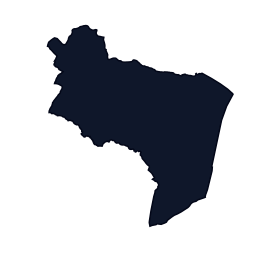 Njombe, Njombe, United Republic of Tanzania (Mercator projection), rotated 12°
{"feature_id": "72390352B62498272724852", "entity_name": "Njombe", "entity_type": "district", "adm_level": 2, "iso_a3": "TZA", "parent_name": "United Republic of Tanzania", "parent_adm1": "Njombe", "projection": "mercator", "projection_center": [35.063, -9.284], "detail": "fine", "context": "isolated", "style": "filled", "palette": "ink", "viewbox_px": 256, "rotation_deg": 12, "n_neighbors": 0, "source": "geoboundaries", "source_scale": "gbopen_adm2", "svg_char_len": 5658}
<svg xmlns="http://www.w3.org/2000/svg" viewBox="0 0 256 256"><g transform="rotate(12 128 128)"><path d="M123.7,61.2L123.1,60.7L121.8,60.3L119.6,60.2L118.9,60.6L118.4,61.8L117.7,62.4L116.0,63.0L113.8,63.6L112.9,63.8L111.6,64.2L110.6,64.4L108.7,64.6L107.5,64.2L107.1,63.8L104.9,64.1L101.6,62.3L100.5,62.4L99.0,62.8L98.1,63.3L96.5,64.4L95.1,65.0L94.3,64.8L94.1,64.8L93.9,64.7L93.1,62.6L93.0,61.4L92.8,60.9L92.9,60.7L92.3,59.6L91.3,58.2L90.8,57.5L90.2,56.9L90.4,56.6L90.3,55.9L89.0,55.4L88.6,54.4L88.4,53.0L88.1,51.7L87.2,49.7L85.6,46.8L85.5,44.3L84.5,44.3L83.7,44.4L81.6,44.3L80.1,44.4L79.0,44.1L78.1,43.4L77.4,42.5L77.1,41.8L77.0,41.3L77.2,39.7L77.2,38.7L76.8,38.5L76.0,38.5L73.4,39.7L71.9,39.5L70.4,39.1L69.6,38.6L68.9,38.1L68.2,37.2L67.6,36.8L66.8,36.5L66.1,36.5L65.3,36.6L63.1,37.4L62.0,38.1L60.5,38.7L59.9,39.1L59.5,39.8L59.1,40.1L58.8,40.4L58.4,40.6L58.1,40.9L56.3,41.8L54.7,42.2L54.0,42.7L53.5,43.2L53.2,43.8L53.1,44.2L53.6,45.5L53.7,46.8L53.3,48.6L52.6,49.8L52.0,50.2L51.6,50.7L51.2,52.5L51.3,53.7L50.9,55.7L50.5,56.7L49.8,58.9L48.1,60.0L45.9,59.4L44.3,58.1L42.0,56.6L40.2,55.3L37.5,55.1L36.4,56.0L34.6,58.0L32.6,60.6L32.3,63.3L32.3,64.8L32.7,64.8L34.0,65.2L34.5,65.7L34.9,66.4L35.7,67.2L36.6,67.5L40.1,70.1L42.9,71.8L43.6,72.4L43.2,74.3L43.0,75.5L42.3,77.5L42.5,77.4L42.9,78.6L42.4,81.0L42.6,81.7L43.6,81.9L44.0,82.5L43.9,82.7L44.6,83.1L46.0,83.2L46.7,83.4L47.5,83.9L48.3,85.0L48.6,85.2L49.5,85.4L52.7,86.4L51.8,87.6L51.6,88.5L51.2,88.5L49.7,89.8L48.6,91.4L48.6,92.4L48.1,93.4L47.6,95.2L47.5,97.5L47.3,97.5L47.0,98.5L46.9,99.8L48.5,99.5L50.8,99.5L54.2,100.5L54.7,100.8L55.1,101.3L55.2,101.7L55.3,103.2L54.3,106.5L54.4,107.5L54.2,108.2L52.8,110.4L52.6,111.4L51.7,113.0L49.7,117.1L49.4,118.2L49.0,118.9L49.1,119.7L48.9,121.9L49.0,122.4L48.5,123.2L48.2,124.4L47.8,125.0L47.8,125.5L47.4,127.7L47.5,128.8L47.6,129.3L47.9,129.2L48.2,129.1L48.9,129.1L50.0,129.4L50.6,129.8L51.3,129.4L52.4,129.3L53.4,129.4L53.9,129.8L54.4,130.0L54.9,130.0L55.5,129.9L56.2,130.6L56.7,130.6L57.3,130.4L57.8,130.1L60.1,129.9L61.2,130.1L61.9,130.5L62.4,130.7L63.3,130.5L63.8,130.6L64.6,131.2L65.0,131.8L65.9,132.1L67.4,132.7L67.9,133.3L68.6,133.0L69.5,132.5L71.0,132.6L71.8,132.8L72.4,132.7L72.7,132.9L73.3,133.4L73.4,133.8L74.4,134.7L74.8,134.9L75.2,134.8L75.5,134.9L75.6,135.2L76.8,135.5L77.6,135.5L78.3,135.0L78.6,135.1L79.0,135.5L79.3,135.5L80.0,136.5L80.1,136.9L81.6,138.6L82.6,139.0L83.0,139.4L83.4,140.5L83.5,141.0L84.1,141.1L84.4,141.2L84.4,141.6L84.3,142.6L83.5,143.1L83.6,143.7L83.9,144.0L84.8,144.6L85.8,145.1L87.0,145.9L87.2,145.7L88.1,145.4L88.1,145.1L88.6,144.5L89.1,144.5L89.6,144.2L90.3,144.4L90.5,144.1L90.9,144.0L91.7,144.6L92.1,144.7L92.7,144.3L92.9,145.3L94.0,145.7L94.2,146.0L95.1,146.8L95.3,147.0L95.8,147.0L96.1,147.3L96.0,147.5L96.3,148.0L96.7,148.2L96.8,148.8L97.4,148.8L97.7,149.3L97.6,149.9L98.2,150.6L98.6,150.9L99.1,151.1L99.8,151.1L100.2,150.8L100.5,150.8L101.0,151.5L101.6,151.5L102.1,151.7L102.3,152.0L104.0,151.5L105.0,151.3L105.9,151.2L106.6,151.0L106.6,150.0L106.9,148.6L108.3,146.8L108.8,146.1L109.6,145.8L110.0,145.4L110.5,145.4L110.5,145.2L112.0,145.6L112.4,145.5L112.5,145.4L112.2,144.9L112.3,144.4L112.8,144.2L112.9,143.8L113.3,143.4L114.2,142.9L115.4,143.4L117.0,143.2L117.7,143.6L118.3,144.4L119.2,144.9L119.8,145.1L120.4,145.0L121.5,144.6L122.2,144.5L123.5,145.4L124.3,145.7L125.6,145.8L127.8,145.3L130.0,145.9L131.6,145.9L131.8,146.0L133.0,147.6L133.8,148.3L135.2,148.3L135.9,148.1L136.7,147.8L137.4,147.6L137.9,147.7L138.3,148.0L138.6,149.1L139.4,149.0L139.9,149.8L140.3,149.9L140.6,149.8L141.2,149.1L141.5,148.6L142.1,148.3L142.6,148.2L143.3,148.8L143.6,148.8L143.8,148.6L143.9,148.2L144.7,148.3L145.4,148.5L145.8,149.1L145.5,149.9L145.5,150.8L145.7,151.9L146.1,152.0L147.2,152.9L148.0,154.1L148.3,154.9L151.5,157.3L152.2,158.0L153.0,158.7L154.6,159.9L155.4,160.3L156.1,160.4L156.5,160.8L157.1,162.0L156.6,164.9L159.0,166.2L161.1,167.6L161.5,168.2L162.5,169.2L163.1,169.9L164.2,170.8L164.2,171.5L163.2,172.3L162.6,173.1L164.1,173.5L165.8,174.5L166.3,174.4L166.9,174.4L167.8,174.7L168.6,175.5L169.2,176.3L169.5,176.5L169.8,177.2L169.8,178.4L169.4,179.0L169.7,179.9L169.4,180.8L169.5,181.3L169.3,181.6L168.6,182.1L167.6,183.7L167.8,185.8L167.5,189.5L167.7,204.3L168.3,214.7L168.5,216.2L169.9,219.5L171.9,218.2L175.5,216.7L176.3,215.7L177.3,215.6L180.5,215.3L183.6,213.3L185.1,212.1L185.8,210.0L189.1,206.1L191.4,203.7L194.1,201.8L197.4,199.0L199.3,197.1L203.2,193.2L204.4,191.3L205.0,189.6L205.8,188.2L207.4,186.7L209.8,185.5L211.2,183.8L216.9,180.4L218.0,179.6L217.6,178.6L217.8,178.0L217.7,177.4L217.9,176.3L218.5,171.8L219.1,152.5L218.6,148.7L217.9,148.7L217.9,100.9L219.9,86.2L223.7,73.2L223.2,72.6L221.7,71.8L217.4,69.3L209.1,65.7L199.3,62.2L189.1,59.1L188.6,59.3L188.2,59.7L186.4,60.0L185.7,60.5L185.3,61.3L184.2,61.2L183.4,60.5L183.0,61.0L183.4,61.5L183.2,62.5L182.7,63.2L182.0,63.6L180.6,63.8L178.4,63.7L177.5,63.8L176.9,64.0L176.4,64.0L175.8,63.9L175.3,63.9L174.8,63.8L174.2,64.1L173.1,63.6L172.5,63.5L172.3,63.8L171.8,64.0L171.6,64.1L171.1,64.1L170.8,64.3L170.7,64.6L170.0,64.7L170.2,65.3L169.8,65.9L168.3,65.9L167.4,65.8L167.0,65.6L166.7,65.7L166.4,65.5L165.9,65.4L165.6,65.6L165.0,65.7L162.7,65.7L162.1,65.6L161.3,64.9L160.7,64.7L160.3,64.7L159.6,64.7L158.1,65.0L156.9,64.9L156.5,65.2L156.0,65.2L155.6,65.0L154.9,65.2L154.6,65.1L154.1,65.2L153.4,65.5L152.5,65.4L151.1,66.1L149.7,66.2L148.6,66.3L148.1,66.5L146.6,66.5L145.8,66.6L143.1,66.5L141.9,65.4L141.5,65.4L140.5,65.3L139.9,65.1L138.9,64.7L138.0,64.6L136.3,64.8L135.6,64.5L134.7,64.2L133.9,64.3L132.3,64.3L131.6,63.9L131.1,63.9L130.4,64.2L128.9,64.1L128.3,63.9L127.8,63.5L126.3,62.8L125.8,62.3L123.7,61.2Z" fill="#0f172a" stroke="#020617" stroke-width="1.5"/></g></svg>